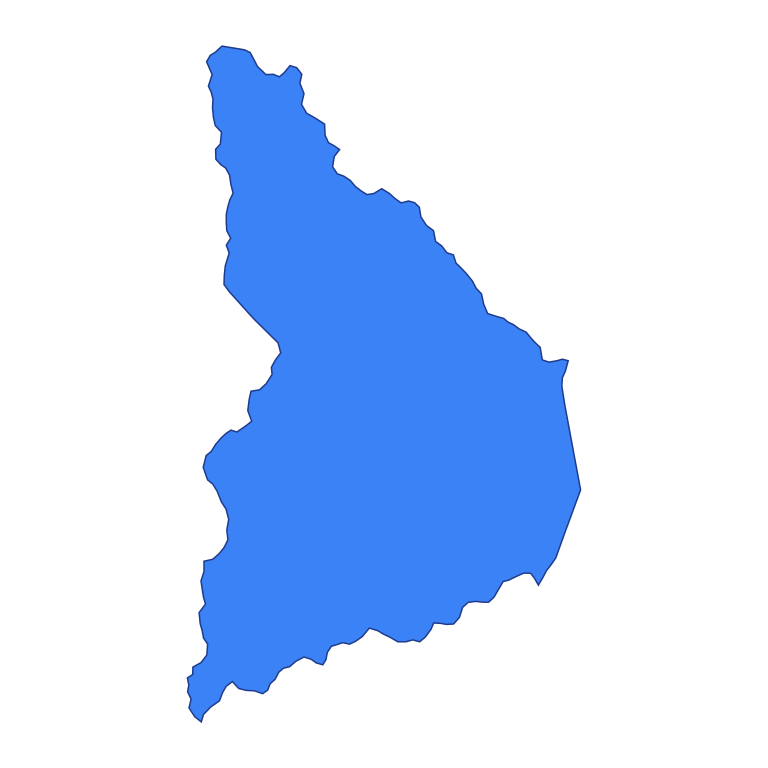 Gaspar, Santa Catarina, Brazil (Equal Earth projection)
{"feature_id": "56859067B46612924507045", "entity_name": "Gaspar", "entity_type": "district", "adm_level": 2, "iso_a3": "BRA", "parent_name": "Brazil", "parent_adm1": "Santa Catarina", "projection": "equal_earth", "projection_center": [-48.984, -26.919], "detail": "fine", "context": "isolated", "style": "filled", "palette": "blue", "viewbox_px": 768, "rotation_deg": 0, "n_neighbors": 0, "source": "geoboundaries", "source_scale": "gbopen_adm2", "svg_char_len": 2821}
<svg xmlns="http://www.w3.org/2000/svg" viewBox="0 0 768 768"><path d="M201.3,721.9L203.5,714.5L210.8,706.9L219.5,700.8L222.5,692.7L226.2,686.3L232.4,681.6L238.8,688.5L246.3,690.4L254.4,690.8L262.6,693.7L267.7,690.1L270.2,683.7L275.1,679.3L278.7,672.3L283.2,668.3L289.6,666.7L296.0,661.2L304.0,657.0L311.2,659.3L316.2,662.9L322.8,664.8L326.0,659.6L327.3,652.5L331.3,646.3L336.3,644.8L342.6,642.7L349.6,644.1L355.4,641.4L362.3,636.6L369.3,628.1L377.8,630.7L383.2,634.0L390.1,637.3L397.9,641.8L405.9,641.8L412.8,639.9L419.6,641.8L425.1,637.3L430.9,629.5L433.7,623.0L440.3,623.3L446.5,624.4L453.6,624.0L459.5,617.3L462.6,607.4L468.1,602.4L475.4,601.4L483.4,602.2L488.6,602.2L494.0,597.2L498.4,589.6L503.1,581.6L508.6,580.2L516.4,576.4L523.7,573.1L530.6,573.2L534.3,578.0L538.4,585.1L542.8,577.6L546.5,570.6L551.4,564.3L555.8,557.9L566.1,529.2L568.7,522.3L580.6,489.9L566.1,412.0L564.8,405.0L561.8,386.0L562.4,377.7L565.4,371.1L568.2,360.7L562.3,359.2L556.7,360.8L548.9,362.1L542.3,359.9L540.2,347.4L534.9,342.4L530.4,337.4L526.2,332.2L519.0,328.8L513.4,324.6L507.9,322.0L503.7,318.4L498.4,317.0L487.7,313.6L483.7,304.2L481.5,293.9L476.2,288.3L472.5,281.2L466.3,273.5L460.6,267.5L456.0,263.1L453.4,254.9L446.8,252.7L441.8,246.0L435.6,241.4L433.5,230.7L426.5,225.5L420.9,216.9L419.3,207.2L414.6,202.7L408.5,201.0L401.2,202.9L394.8,198.4L389.5,193.5L381.7,188.7L373.9,193.5L367.0,194.6L361.3,191.0L355.4,186.5L350.3,180.5L343.7,176.1L337.3,173.8L332.6,166.8L334.3,156.4L339.6,149.6L334.0,145.7L328.5,142.7L325.1,135.3L324.6,124.1L315.4,118.2L306.7,113.3L301.5,104.4L304.0,93.6L299.9,83.3L301.8,74.3L296.7,67.7L290.0,65.6L284.2,72.7L279.3,76.8L273.3,74.3L265.9,74.6L257.5,66.5L253.1,58.0L250.1,52.5L244.4,49.8L236.7,48.5L230.3,47.5L222.0,46.1L215.0,52.5L210.3,55.3L206.6,61.7L212.1,74.6L208.4,86.2L211.2,92.1L213.0,99.2L212.5,107.3L213.4,117.3L215.3,125.6L221.5,132.2L220.3,144.1L215.6,149.3L215.9,159.3L220.8,164.7L225.6,168.0L229.5,175.0L230.9,184.4L233.1,193.2L229.8,199.9L227.8,206.9L226.3,214.3L226.3,223.3L226.8,230.7L230.7,238.2L226.3,245.2L229.2,253.0L225.3,265.7L224.3,275.3L224.0,284.5L229.2,291.6L250.3,315.1L254.5,319.6L278.1,342.9L280.7,352.9L275.3,360.1L271.4,367.3L272.1,374.4L266.2,383.7L259.5,389.8L251.0,391.2L249.2,399.3L247.8,410.6L251.7,421.3L245.1,426.4L236.8,432.0L231.0,430.1L226.0,433.5L221.2,437.9L215.7,444.3L211.3,451.4L206.2,455.5L203.2,467.3L207.6,479.9L212.7,484.0L217.1,491.1L221.4,501.9L226.0,509.0L228.7,519.3L226.8,530.0L227.9,539.8L224.1,547.5L219.0,553.8L212.7,559.3L204.0,561.2L204.0,571.6L201.0,580.9L202.4,590.3L203.5,597.2L205.5,604.0L199.1,612.6L200.2,623.7L202.3,631.1L203.5,638.0L207.6,644.1L206.8,655.1L201.0,662.6L192.9,667.1L192.7,674.5L187.4,677.8L188.8,685.2L187.6,691.8L191.1,699.1L189.0,707.9L194.7,716.7L201.3,721.9Z" fill="#3b82f6" stroke="#1e3a8a" stroke-width="1.5"/></svg>